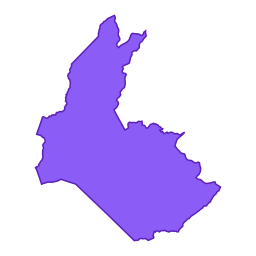 outline of Salgueiro, Pernambuco, Brazil
{"feature_id": "56859067B37103296489231", "entity_name": "Salgueiro", "entity_type": "district", "adm_level": 2, "iso_a3": "BRA", "parent_name": "Brazil", "parent_adm1": "Pernambuco", "projection": "orthographic", "projection_center": [-39.072, -8.075], "detail": "fine", "context": "isolated", "style": "filled", "palette": "violet", "viewbox_px": 256, "rotation_deg": 0, "n_neighbors": 0, "source": "geoboundaries", "source_scale": "gbopen_adm2", "svg_char_len": 4286}
<svg xmlns="http://www.w3.org/2000/svg" viewBox="0 0 256 256"><path d="M114.3,15.4L109.6,17.7L108.1,18.3L106.5,19.8L105.8,20.7L103.6,21.8L102.8,23.2L100.9,24.4L100.0,25.8L100.1,27.3L99.1,30.1L99.0,31.4L98.5,32.8L98.4,34.1L98.5,36.3L71.4,64.2L71.7,65.4L71.3,66.7L70.7,68.1L69.8,69.1L70.1,72.1L68.2,74.3L67.7,75.8L68.3,77.3L68.6,78.6L69.6,79.4L69.8,80.5L70.3,81.8L70.2,84.2L70.0,86.2L70.0,87.7L68.5,89.3L68.4,91.0L67.3,92.2L67.2,93.7L66.0,94.7L66.6,95.6L65.6,97.5L65.9,99.6L65.5,101.1L66.6,102.4L67.0,104.1L66.0,105.0L65.2,106.2L64.6,107.7L64.7,109.6L63.7,110.5L62.9,111.2L61.4,111.8L59.3,111.6L58.0,112.6L56.8,112.4L56.0,113.4L55.7,115.0L54.6,115.0L53.3,114.7L51.6,115.3L51.1,116.3L49.3,116.1L48.6,117.3L47.2,118.3L45.5,117.9L43.4,116.7L42.3,117.3L42.0,118.9L41.5,120.4L38.9,127.9L37.9,130.7L37.1,132.9L36.7,134.4L38.0,134.6L39.3,135.1L40.5,135.3L41.6,136.3L42.7,137.3L43.8,137.7L44.6,138.9L45.1,140.4L45.2,141.7L44.4,142.7L43.6,143.6L42.9,144.8L42.9,145.9L43.4,147.2L43.4,148.9L42.7,150.4L42.7,152.2L42.6,153.5L42.7,154.6L42.9,156.0L43.0,157.3L42.4,158.7L41.7,160.4L40.5,161.5L39.9,162.9L38.7,164.4L38.7,165.5L37.8,166.7L36.4,166.8L35.5,167.8L36.5,169.3L40.2,179.9L40.7,181.5L41.6,184.2L43.0,183.6L48.0,182.1L52.2,182.2L56.6,181.2L58.2,180.8L60.7,179.2L67.0,181.3L71.0,182.6L75.7,184.1L83.5,191.6L86.7,194.6L106.6,213.6L134.3,240.6L137.0,240.3L138.3,240.1L139.8,238.7L141.3,238.4L142.5,238.8L143.7,238.8L145.2,238.5L146.9,239.4L148.2,240.4L150.8,239.3L151.9,238.7L153.4,238.2L153.8,237.2L153.1,235.7L153.7,233.2L154.3,231.4L155.4,232.1L156.6,230.9L158.5,231.1L159.2,231.9L161.5,230.6L163.8,230.7L165.0,230.2L166.1,231.2L167.7,231.6L169.2,232.0L170.2,231.2L172.3,231.0L174.2,231.4L175.4,231.0L176.9,231.8L178.3,231.8L178.7,230.7L180.2,228.6L182.8,226.2L182.9,223.8L184.7,221.8L186.0,220.8L187.9,218.7L189.1,218.6L189.9,217.6L190.8,216.4L192.7,215.2L194.6,213.9L197.5,211.8L199.4,210.4L200.1,209.7L202.5,208.0L203.9,206.1L205.2,206.0L206.6,205.8L207.2,204.6L208.0,203.8L209.1,202.7L210.6,201.7L210.8,200.4L211.6,199.5L212.4,198.0L213.5,196.1L215.8,194.0L217.5,191.4L218.9,190.8L219.6,188.8L220.5,187.1L219.4,186.4L215.2,183.6L215.2,182.1L214.0,181.9L210.7,182.9L206.5,183.5L204.8,183.1L203.3,182.0L201.1,180.0L200.1,179.5L197.4,179.1L196.0,177.6L196.9,176.3L198.9,174.5L200.1,172.2L200.6,169.7L200.6,167.8L200.0,166.2L199.4,162.7L198.3,162.2L195.3,163.0L192.9,161.7L191.6,160.6L188.1,160.1L186.3,158.8L185.8,157.7L185.0,154.7L184.3,153.9L181.2,153.1L180.3,152.4L179.5,151.2L177.2,149.0L176.0,147.2L174.9,146.4L175.5,143.9L177.0,139.6L178.6,137.9L179.5,137.1L182.2,134.9L184.7,132.3L182.8,133.1L181.1,134.4L179.7,134.9L177.2,133.5L175.0,133.8L173.3,133.0L171.7,132.1L169.4,132.6L168.1,133.3L167.1,132.1L166.2,132.7L164.0,133.7L162.6,131.6L161.4,132.1L160.3,131.1L159.9,130.0L161.7,130.0L162.8,128.9L161.1,128.0L160.3,126.9L159.0,126.5L158.1,125.2L156.9,124.5L155.6,123.9L154.5,124.2L153.7,123.3L151.8,124.0L150.2,124.6L148.2,127.5L147.2,128.2L146.2,127.9L145.4,126.8L144.6,125.5L142.3,125.1L142.0,121.2L140.6,121.6L138.6,121.3L136.8,122.5L135.2,122.7L133.3,122.5L130.8,122.6L129.5,122.2L128.3,123.1L128.0,124.4L128.0,125.6L128.5,127.7L127.2,128.8L125.9,129.4L124.9,130.0L120.8,122.5L119.4,120.1L115.5,112.9L114.3,110.6L114.2,109.2L115.5,108.7L116.2,107.8L117.0,107.0L117.4,105.9L118.1,104.8L118.5,103.7L117.7,101.4L116.5,100.4L117.4,98.3L119.3,97.0L120.7,94.8L120.2,93.3L120.2,92.1L121.1,90.9L121.9,89.7L123.3,88.3L124.3,87.7L125.2,84.6L125.2,83.0L125.0,79.9L124.9,78.0L125.6,75.7L126.3,74.6L125.2,73.4L123.8,73.3L122.3,72.4L122.2,70.7L123.3,68.7L122.4,67.0L123.6,65.6L127.8,63.9L129.5,62.9L129.8,60.5L130.4,58.9L130.4,57.7L132.1,54.8L131.7,52.9L132.5,51.9L134.3,50.6L136.2,51.0L137.4,49.9L138.3,48.6L139.3,47.8L139.3,44.7L139.9,43.0L142.4,40.9L143.9,38.5L146.2,36.0L145.5,32.8L145.6,30.9L143.9,32.2L143.5,33.3L142.6,35.2L141.4,35.5L139.7,34.4L137.6,33.9L135.7,33.8L134.5,33.6L133.4,33.5L132.3,33.4L131.2,34.4L130.0,37.5L129.6,38.7L129.0,39.9L128.2,40.9L127.2,41.8L125.7,42.8L120.8,45.4L120.0,46.2L118.7,47.6L117.1,46.0L116.7,44.8L116.9,43.6L117.8,42.1L119.7,40.1L119.8,38.4L119.3,37.4L118.3,35.2L118.1,34.2L118.4,32.5L118.8,30.2L118.1,28.2L117.4,27.2L116.7,24.5L116.2,23.5L114.8,21.8L114.6,20.7L115.2,18.9L115.3,17.3L114.3,15.4Z" fill="#8b5cf6" stroke="#5b21b6" stroke-width="1.5"/></svg>